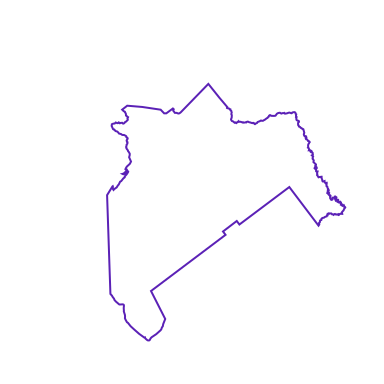 Taveta, Coast, Kenya (Albers equal-area conic projection), rotated 53°
{"feature_id": "3690345B11030917787472", "entity_name": "Taveta", "entity_type": "district", "adm_level": 2, "iso_a3": "KEN", "parent_name": "Kenya", "parent_adm1": "Coast", "projection": "albers", "projection_center": [37.998, -3.439], "detail": "fine", "context": "isolated", "style": "outline", "palette": "violet", "viewbox_px": 384, "rotation_deg": 53, "n_neighbors": 0, "source": "geoboundaries", "source_scale": "gbopen_adm2", "svg_char_len": 5843}
<svg xmlns="http://www.w3.org/2000/svg" viewBox="0 0 384 384"><g transform="rotate(53 192 192)"><path d="M133.1,113.4L115.5,113.9L121.6,153.1L121.6,154.3L121.4,155.3L120.7,156.0L119.6,156.6L118.4,158.1L116.6,158.0L115.9,158.1L115.4,157.8L114.9,156.8L113.8,157.0L113.7,165.2L112.4,166.9L107.4,167.5L94.1,180.6L84.1,191.8L84.2,198.2L86.4,197.9L87.5,197.3L88.1,197.6L89.3,197.6L89.8,197.8L91.2,198.7L91.6,198.4L92.7,198.4L93.8,198.0L94.0,198.3L94.3,199.2L95.7,199.8L96.1,202.2L95.9,203.6L96.2,204.3L96.2,205.4L95.9,205.9L94.7,206.1L93.8,207.6L93.7,208.3L93.1,208.7L92.6,208.5L92.3,208.6L92.3,209.9L92.0,210.3L90.6,211.1L90.8,212.5L90.2,213.4L89.7,214.7L89.7,215.3L90.3,215.7L90.8,216.4L94.3,217.2L95.1,216.9L95.3,216.5L97.3,216.4L98.6,215.4L99.8,215.1L101.4,215.1L103.0,213.8L103.9,213.6L104.8,213.0L105.5,212.0L107.3,211.1L107.9,211.0L108.6,211.4L109.2,211.1L110.3,211.0L110.8,211.4L110.8,212.1L111.3,212.5L111.4,213.1L112.8,213.8L113.3,213.5L113.5,213.6L114.5,214.5L114.8,215.7L115.2,215.9L116.2,217.3L116.7,217.4L117.0,217.9L118.5,218.2L119.0,218.1L120.3,218.2L121.0,218.5L122.1,218.4L124.0,218.7L125.1,219.6L126.4,221.3L131.0,222.4L132.1,224.7L132.5,228.8L133.3,230.8L133.8,231.5L134.3,231.4L134.9,230.6L135.6,230.8L135.8,231.2L136.1,235.6L135.7,236.6L136.5,236.2L136.8,235.2L137.2,234.6L137.3,232.1L136.8,230.9L137.2,230.6L137.4,230.7L137.7,231.2L138.6,233.7L139.0,236.0L139.3,236.6L139.7,236.8L139.8,237.2L139.8,238.7L140.7,242.0L140.5,243.2L142.0,246.1L142.1,247.1L143.0,249.4L142.9,251.8L143.1,253.3L142.7,253.2L142.5,253.4L141.6,253.2L140.8,252.8L140.5,252.2L140.0,251.9L139.7,251.8L139.7,252.2L143.4,261.7L224.3,318.5L226.7,318.3L227.7,318.5L230.3,318.5L231.6,318.9L233.8,318.7L237.9,317.8L238.4,317.4L239.9,315.1L240.6,314.5L240.9,314.4L241.9,314.8L243.5,316.3L245.9,317.9L246.3,318.3L249.9,319.6L251.3,320.5L252.4,321.5L253.9,321.9L256.8,322.3L258.0,321.9L262.2,321.8L267.1,320.9L273.4,319.6L278.6,318.0L279.3,317.8L279.8,317.0L280.6,317.4L281.4,317.3L283.2,316.9L283.9,316.6L284.7,315.7L284.8,315.1L284.7,314.6L284.0,313.3L283.7,311.7L284.0,306.1L283.5,300.2L283.1,299.0L282.1,297.6L281.7,296.2L280.1,294.4L277.3,289.8L246.4,284.3L246.4,191.0L242.2,191.0L242.1,173.7L246.5,173.7L246.6,111.3L295.0,111.2L294.6,110.0L294.3,109.7L293.2,109.2L293.0,107.9L292.1,107.3L291.8,106.7L292.2,105.6L292.1,105.3L291.4,104.9L291.2,103.8L291.5,102.8L291.9,102.2L291.9,100.8L292.5,99.1L292.0,98.5L292.3,97.8L292.1,97.6L291.3,97.3L291.0,96.8L291.8,95.8L291.5,95.4L292.2,94.8L292.8,93.8L293.1,93.6L294.1,93.6L294.6,93.0L295.5,92.7L295.3,91.6L295.6,91.0L296.1,90.9L296.8,90.5L297.1,89.5L298.6,88.9L298.7,88.6L298.1,87.9L298.6,87.5L298.8,85.9L298.9,85.6L299.7,85.5L299.9,85.2L298.7,84.6L298.2,84.0L297.9,82.0L297.2,81.0L296.6,78.9L296.3,78.8L295.6,79.4L294.8,78.9L293.9,78.7L293.7,80.1L292.3,80.6L292.4,79.9L292.2,79.6L291.2,80.2L290.2,79.4L289.1,79.4L288.8,79.5L288.7,79.8L289.3,80.5L289.2,80.8L287.2,81.8L286.9,81.7L286.8,81.4L286.8,80.6L286.3,80.0L286.1,80.0L285.2,81.1L285.7,81.7L285.5,82.4L283.5,81.9L283.4,81.4L283.9,80.8L283.4,80.0L283.1,79.9L282.9,80.2L281.9,80.2L281.6,80.7L282.4,81.4L281.2,83.1L281.3,83.4L282.5,84.2L282.5,84.7L282.3,85.3L281.8,85.6L279.8,85.3L279.1,84.3L278.5,84.4L278.2,84.3L278.1,83.6L277.8,83.6L277.2,84.2L276.6,84.4L275.4,84.4L275.3,84.1L275.7,83.7L275.3,83.0L275.0,83.0L274.5,84.5L274.2,84.6L273.7,83.7L273.1,83.2L273.5,82.6L273.0,82.3L272.9,81.7L272.0,81.5L272.0,82.1L271.0,81.4L269.7,81.1L269.2,80.7L268.1,81.0L267.3,80.3L266.6,80.1L266.6,79.8L266.5,79.5L265.7,78.9L265.0,80.1L263.5,80.0L263.0,79.6L262.5,81.1L262.2,81.2L261.5,81.2L260.6,80.6L259.0,80.2L257.8,79.3L257.5,79.7L257.3,80.5L256.7,81.2L256.4,82.1L254.4,81.9L253.9,82.0L253.6,81.9L253.3,81.2L252.2,80.8L251.2,79.4L250.5,80.3L250.2,80.4L249.7,79.9L249.4,79.9L248.4,79.2L248.3,78.9L247.7,79.1L247.6,79.7L246.7,79.8L246.4,79.2L246.4,78.7L247.6,78.3L247.7,77.8L246.9,77.6L246.1,78.0L245.5,78.0L245.1,77.6L245.1,76.8L244.6,76.4L241.2,77.0L240.0,75.7L238.0,75.7L237.6,75.0L236.8,74.7L236.5,74.0L236.2,74.1L235.7,74.0L235.1,74.1L235.3,73.5L235.1,73.1L234.5,72.7L234.0,72.8L233.4,72.1L232.5,72.2L231.1,71.9L230.9,72.0L231.3,72.6L231.7,72.7L231.6,73.0L230.9,73.1L230.0,72.7L229.7,72.7L229.4,72.8L229.0,73.5L228.8,73.2L228.9,72.7L228.2,72.7L227.2,72.4L226.4,72.7L226.3,72.4L224.5,71.1L223.9,70.4L223.5,69.2L223.1,68.6L223.1,68.1L222.8,67.9L222.1,67.9L221.0,68.6L220.7,68.4L218.7,68.7L218.4,69.1L217.7,68.9L217.7,68.1L217.5,67.9L216.8,67.8L216.3,67.4L215.9,67.5L215.9,68.3L214.8,68.5L213.9,68.3L213.1,67.9L212.3,66.7L208.9,65.3L208.6,65.4L208.2,65.9L207.0,66.0L206.1,66.6L205.3,66.5L204.1,67.2L203.1,66.8L202.7,67.0L201.5,66.4L200.6,65.6L200.4,65.3L200.4,64.4L200.0,64.1L199.5,64.0L197.8,65.1L197.1,65.1L196.3,64.6L195.4,63.7L195.1,63.9L194.8,63.3L194.2,63.4L193.6,63.0L192.7,62.0L192.0,62.2L191.4,61.9L190.7,61.7L189.9,62.1L189.2,63.2L188.9,64.1L189.1,64.8L188.9,65.3L187.4,66.2L186.8,67.2L186.3,68.9L185.4,70.6L184.3,70.7L184.1,71.4L183.5,72.2L183.1,73.5L181.6,74.1L180.8,75.6L180.6,77.1L181.3,79.4L180.6,80.7L178.9,82.8L178.5,83.1L177.9,83.1L177.4,83.8L177.5,84.7L178.0,85.3L177.9,85.8L178.3,87.2L178.1,87.8L178.1,90.6L177.9,91.4L177.9,92.2L177.3,93.3L176.6,93.7L176.3,94.2L176.3,95.1L175.6,97.5L176.0,98.5L175.7,99.6L175.7,100.9L175.4,101.1L174.1,101.1L173.7,101.4L173.5,102.1L173.0,102.4L172.7,102.9L171.5,103.6L170.8,104.3L169.4,105.0L168.9,106.2L169.1,106.7L168.6,107.1L168.5,107.7L167.4,109.4L167.0,109.4L167.0,109.7L165.2,110.9L164.2,112.2L163.7,112.2L163.8,112.4L163.5,112.7L163.5,113.4L163.7,113.6L163.4,114.4L163.7,115.1L163.5,115.3L163.1,115.3L162.4,115.6L162.3,116.3L160.4,116.7L159.3,117.4L157.7,117.3L156.9,116.4L156.7,115.8L156.1,115.2L154.5,113.9L153.6,113.8L152.8,113.0L152.5,112.5L150.8,111.8L150.1,112.1L149.1,111.6L148.7,112.1L147.6,112.2L146.1,113.5L145.9,113.5L145.4,112.7L133.1,113.4Z" fill="none" stroke="#5b21b6" stroke-width="2"/></g></svg>